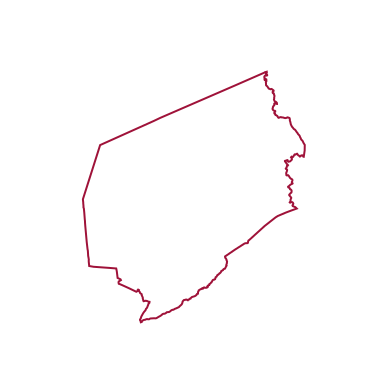 Narok East, Rift Valley, Kenya, rotated 203°
{"feature_id": "3690345B66691350288687", "entity_name": "Narok East", "entity_type": "district", "adm_level": 2, "iso_a3": "KEN", "parent_name": "Kenya", "parent_adm1": "Rift Valley", "projection": "orthographic", "projection_center": [36.053, -1.156], "detail": "fine", "context": "isolated", "style": "outline", "palette": "rose", "viewbox_px": 384, "rotation_deg": 203, "n_neighbors": 0, "source": "geoboundaries", "source_scale": "gbopen_adm2", "svg_char_len": 6015}
<svg xmlns="http://www.w3.org/2000/svg" viewBox="0 0 384 384"><g transform="rotate(203 192 192)"><path d="M287.7,139.1L286.2,136.3L286.1,135.7L285.8,135.4L285.0,134.4L283.2,131.1L280.0,124.9L279.2,123.5L278.5,122.0L277.0,119.1L269.3,104.7L265.9,98.7L264.9,97.2L262.6,92.6L261.4,90.8L260.5,89.3L260.2,88.3L259.7,87.3L257.7,83.7L253.4,84.7L239.1,89.6L231.9,92.0L230.9,90.6L230.0,89.2L226.9,83.8L223.7,83.7L223.0,83.1L224.5,81.0L224.2,79.8L223.5,78.9L222.8,79.0L220.2,79.0L212.4,78.8L204.3,78.4L203.5,79.4L203.7,80.5L203.5,81.1L203.1,81.1L202.5,81.0L202.4,80.5L202.1,80.2L201.8,79.9L201.2,79.7L200.4,78.8L199.9,78.6L198.8,78.4L198.3,78.2L198.1,77.5L196.5,76.0L196.0,75.5L195.7,74.7L195.0,74.0L194.3,72.8L193.8,72.6L193.5,72.9L193.0,73.1L192.2,73.8L190.7,74.1L189.3,74.0L188.2,74.3L187.9,73.4L188.4,71.8L188.2,70.7L188.3,70.2L188.2,69.3L188.2,67.8L188.7,66.3L188.6,64.9L189.2,63.2L189.6,61.3L190.0,57.5L189.8,55.7L190.0,54.3L189.8,53.8L189.4,53.7L188.2,52.1L187.5,52.7L187.6,53.1L187.5,53.5L187.0,54.7L186.2,55.5L185.2,56.1L184.5,56.9L183.7,57.5L183.3,57.5L181.9,58.0L181.2,59.0L180.7,59.4L177.5,61.0L176.3,61.4L175.8,61.7L175.2,62.3L173.9,64.1L172.6,65.7L171.6,67.5L171.5,68.0L170.5,68.9L169.8,69.2L169.4,69.5L168.7,70.4L168.3,71.4L166.2,72.6L165.4,73.7L165.0,74.7L164.5,75.4L163.7,76.1L163.2,76.3L163.0,76.5L162.7,76.9L162.2,77.7L161.3,78.5L159.1,80.9L158.7,82.1L157.7,84.2L157.5,85.2L157.6,85.7L157.5,86.2L157.8,87.2L157.8,87.7L157.5,88.7L157.3,89.2L157.1,89.5L156.3,89.9L156.0,90.3L155.2,90.8L154.4,90.9L154.1,90.7L153.5,90.7L153.3,91.3L152.8,91.8L152.5,92.2L152.5,92.8L151.7,93.3L151.7,93.8L151.0,95.3L149.2,96.8L148.5,97.5L147.8,98.6L147.8,99.0L147.6,99.3L147.6,99.8L147.5,100.2L146.8,100.7L146.9,101.2L147.3,102.1L147.4,102.6L147.2,103.1L147.4,104.0L146.9,104.8L146.0,106.0L145.6,106.2L145.4,106.7L144.9,106.8L144.6,107.0L144.4,107.3L144.1,107.4L144.0,107.8L144.3,108.0L143.9,108.3L143.8,108.7L143.5,108.9L143.2,108.7L142.8,108.9L142.4,109.0L141.1,109.6L140.9,110.1L140.6,110.3L140.4,110.8L141.0,111.0L140.9,111.8L140.2,112.9L139.8,113.1L140.0,114.1L139.4,114.8L139.1,116.0L138.8,116.3L138.8,116.8L138.6,117.3L138.6,118.5L138.3,119.3L138.0,119.6L137.5,119.8L137.3,120.2L137.0,120.4L136.7,120.8L136.8,121.9L136.9,122.2L136.8,122.5L136.9,122.9L136.5,123.4L136.3,123.7L136.2,125.3L136.1,125.7L135.5,126.1L135.4,126.7L134.9,127.5L134.9,128.0L134.4,128.5L134.1,129.6L134.1,130.9L133.4,131.5L132.9,132.3L133.0,132.8L132.5,133.7L132.1,133.9L131.6,134.5L131.7,135.4L131.5,136.7L131.5,137.3L131.4,137.7L131.9,138.0L132.1,140.4L132.4,140.8L132.5,141.6L133.0,142.2L133.6,142.7L133.8,143.2L134.5,143.8L135.0,144.2L135.5,144.3L135.9,144.7L136.4,145.6L130.0,155.6L123.8,164.7L123.2,165.4L122.8,165.7L120.8,166.7L120.7,167.3L121.0,168.3L121.1,168.9L121.0,169.6L120.7,169.9L111.9,189.0L105.2,201.2L103.6,203.5L97.4,209.9L93.2,213.9L89.1,217.7L90.9,218.4L93.3,218.4L93.7,218.4L94.1,218.7L94.3,219.0L94.1,220.0L94.2,220.9L95.0,221.6L95.6,221.8L96.1,221.7L96.9,221.2L97.5,220.5L98.0,220.7L97.7,221.9L97.8,222.3L98.3,223.4L98.3,225.2L98.5,225.6L100.8,226.8L101.2,227.0L101.4,227.3L101.4,227.7L100.9,229.2L100.7,229.7L100.4,230.1L100.3,230.5L100.7,231.9L101.0,232.3L101.5,232.7L102.0,232.9L102.6,232.8L102.9,232.9L103.2,233.4L103.6,233.7L105.2,233.9L105.6,234.3L105.5,234.7L105.0,235.4L104.7,236.2L104.2,237.3L102.8,238.9L102.8,239.3L103.7,239.6L104.0,240.1L104.0,241.7L104.2,242.2L104.5,242.6L105.0,242.8L105.8,242.8L107.5,243.4L109.1,244.6L109.6,244.8L110.2,245.0L110.7,244.7L110.9,244.4L111.3,244.3L111.7,244.4L112.7,246.2L112.8,248.3L113.0,249.4L113.4,249.8L114.4,249.9L114.8,250.2L114.7,250.7L114.5,251.6L114.8,253.2L114.6,253.5L114.2,253.7L114.1,254.2L116.1,255.1L117.2,255.9L117.8,256.2L118.4,256.5L118.6,256.9L118.3,257.3L117.7,257.4L117.3,257.9L117.1,258.3L116.8,258.6L116.4,258.6L115.5,257.6L115.1,257.5L113.6,258.6L113.2,259.7L112.9,260.2L112.8,260.8L112.8,261.2L113.3,262.0L114.4,262.6L114.3,263.0L114.1,263.5L112.9,263.6L112.6,264.0L112.5,264.4L112.5,265.2L112.2,266.7L111.8,266.9L111.3,266.9L111.1,267.3L110.5,268.1L110.1,268.3L109.3,267.7L108.5,267.3L108.0,267.2L107.4,267.2L106.5,266.8L106.2,267.2L105.9,268.1L105.5,268.5L105.1,268.5L104.7,268.9L104.1,268.8L103.6,268.2L103.3,268.0L102.9,268.1L104.5,274.2L106.6,279.4L108.6,280.8L110.0,282.1L110.5,282.4L112.0,283.0L113.3,284.3L113.9,284.7L114.8,285.7L115.4,286.1L116.9,286.7L118.2,287.7L118.6,287.8L121.1,289.4L122.0,289.7L122.4,289.7L123.1,289.9L124.6,290.8L125.4,291.1L127.4,292.8L129.0,295.1L129.8,295.9L130.2,296.9L130.9,298.0L131.3,298.2L133.1,298.1L133.4,297.9L133.6,297.5L134.1,297.2L134.4,296.8L135.2,296.4L136.7,296.2L137.2,296.2L139.0,295.6L139.4,295.7L140.2,295.2L141.0,294.3L141.4,294.1L142.3,294.6L143.0,295.2L143.4,295.4L143.8,295.4L144.5,295.6L145.0,295.5L145.4,295.8L145.7,295.8L146.1,296.5L146.4,296.7L146.9,296.6L147.2,297.0L147.1,298.0L146.8,298.5L147.0,299.0L147.3,299.1L147.7,298.9L148.9,299.0L149.8,299.4L150.3,299.9L150.5,300.5L150.4,301.0L150.7,301.8L150.7,302.2L150.7,302.7L150.2,303.8L150.2,304.3L150.6,304.8L150.8,305.3L150.7,305.8L150.3,306.2L150.0,306.3L148.8,306.1L148.2,306.3L148.5,306.9L148.8,307.3L150.0,307.8L150.9,307.7L151.6,308.0L152.7,309.1L152.9,310.3L153.2,310.8L153.5,312.3L153.8,312.7L153.9,313.2L154.3,313.5L154.7,313.7L155.1,314.6L155.4,314.8L156.2,314.7L156.5,314.9L156.9,315.7L156.9,316.1L156.8,316.4L156.4,316.7L156.4,317.1L156.7,317.4L158.7,317.9L159.1,317.9L160.0,317.2L160.9,317.3L161.4,317.2L161.8,317.2L163.9,318.6L164.7,318.9L165.4,319.1L166.0,320.1L166.4,321.1L166.9,321.8L167.0,322.3L166.8,322.7L166.8,323.0L167.4,324.4L167.6,324.7L168.5,324.9L168.5,324.6L167.9,323.7L168.7,323.4L169.1,323.7L169.7,325.1L170.0,325.4L170.5,326.5L170.3,327.6L170.0,328.0L169.5,328.0L169.2,328.2L168.6,328.4L168.4,328.8L168.6,329.2L168.9,329.4L169.4,329.2L169.7,329.6L169.8,330.1L170.2,330.0L170.4,330.4L170.3,330.9L169.9,331.4L170.2,331.9L171.1,331.0L171.5,331.0L171.8,330.4L194.0,306.9L250.3,247.7L254.8,242.6L294.9,199.3L289.6,142.8L289.5,142.5L288.0,139.8L287.7,139.1Z" fill="none" stroke="#9f1239" stroke-width="2"/></g></svg>